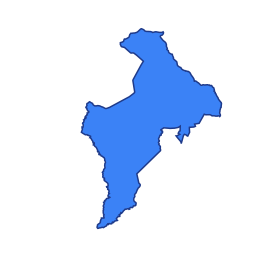 Chapadão do Sul, Mato Grosso do Sul, Brazil, rotated 41°
{"feature_id": "56859067B12319003273376", "entity_name": "Chapadão do Sul", "entity_type": "district", "adm_level": 2, "iso_a3": "BRA", "parent_name": "Brazil", "parent_adm1": "Mato Grosso do Sul", "projection": "orthographic", "projection_center": [-52.689, -19.082], "detail": "fine", "context": "isolated", "style": "filled", "palette": "blue", "viewbox_px": 256, "rotation_deg": 41, "n_neighbors": 0, "source": "geoboundaries", "source_scale": "gbopen_adm2", "svg_char_len": 5861}
<svg xmlns="http://www.w3.org/2000/svg" viewBox="0 0 256 256"><g transform="rotate(41 128 128)"><path d="M170.0,223.4L171.0,223.6L171.5,223.1L171.7,222.6L172.3,221.7L172.9,221.2L173.3,220.4L173.9,219.7L174.9,219.2L175.3,217.5L175.8,216.6L175.9,215.8L175.6,215.0L176.0,214.2L175.6,213.5L176.1,213.0L176.5,213.4L176.7,212.3L177.7,211.8L178.3,211.3L178.6,210.6L178.2,210.0L178.0,209.3L179.1,208.9L179.0,207.8L179.0,207.0L179.6,206.3L179.9,205.6L180.5,205.1L180.6,204.6L179.7,204.7L179.1,204.2L178.6,203.9L178.7,203.3L178.5,202.7L178.7,202.0L178.5,201.1L179.3,200.7L179.8,200.1L179.2,199.4L178.3,199.2L178.7,198.3L178.2,196.6L179.1,196.6L179.1,194.2L178.9,193.6L179.1,192.6L179.1,191.1L179.7,190.8L180.8,189.0L181.3,188.7L182.1,188.8L182.5,188.1L181.7,187.6L182.0,187.0L182.1,186.2L182.7,185.7L183.4,185.4L183.6,184.6L183.2,183.2L184.3,182.2L184.6,181.3L184.1,180.9L184.0,180.0L183.4,179.5L182.9,179.1L181.2,179.3L180.0,178.9L179.1,178.1L178.4,177.0L178.2,175.3L176.9,174.2L176.7,173.7L176.6,173.0L176.7,172.1L176.5,171.3L175.7,169.1L175.1,166.6L175.3,165.0L175.2,164.3L175.0,163.6L174.6,163.0L174.1,162.6L172.2,162.4L164.7,156.8L167.4,123.8L167.0,123.2L166.4,122.7L165.8,122.6L165.6,122.0L164.5,120.7L162.0,120.2L161.9,119.5L160.5,119.0L160.2,118.3L160.3,117.5L159.9,117.0L159.1,116.9L158.0,115.9L157.5,113.8L157.1,113.2L156.9,112.6L157.4,112.1L157.7,111.5L156.6,110.3L157.2,109.2L156.8,108.4L156.2,108.4L156.1,107.8L155.4,107.8L154.7,108.1L154.0,107.8L154.9,104.4L159.1,101.3L159.9,100.8L163.3,97.5L165.4,94.8L165.7,94.2L166.2,92.3L169.2,96.0L168.8,96.8L169.3,99.0L170.6,98.9L171.2,98.8L170.0,101.9L169.5,102.4L170.8,102.7L176.4,103.6L177.2,103.9L178.4,104.8L174.8,97.3L174.7,95.8L176.3,95.1L177.6,95.2L178.4,94.9L177.3,90.8L175.0,88.5L173.9,87.2L177.0,84.1L177.8,82.5L175.7,81.4L178.6,77.8L176.5,67.6L178.0,67.0L181.0,64.3L181.7,63.9L183.1,63.8L183.8,63.4L184.5,62.7L185.2,62.1L186.1,61.7L187.6,60.5L187.9,59.8L188.9,59.1L189.7,59.2L189.7,58.2L189.0,57.4L187.5,56.7L187.1,56.3L186.2,54.7L185.6,54.1L185.2,52.9L184.6,51.9L184.7,51.2L184.2,50.7L182.5,48.2L181.5,47.6L180.9,47.6L177.4,46.9L175.8,46.0L175.1,45.9L173.5,45.4L171.8,44.5L171.1,44.6L170.5,43.9L168.7,43.7L168.6,42.9L167.2,42.0L166.6,41.5L165.6,41.5L164.9,41.7L164.0,41.2L162.8,41.3L162.2,42.2L161.3,42.1L160.9,42.6L160.2,42.9L159.6,43.2L157.6,45.3L156.2,46.1L155.9,47.0L155.5,47.5L154.9,47.9L151.5,47.7L150.6,48.0L149.3,47.9L148.1,48.2L147.6,49.0L147.1,49.1L146.7,48.5L145.2,47.6L143.4,47.1L140.8,46.5L138.8,45.7L137.9,45.6L136.5,45.7L136.0,46.2L134.9,46.5L134.3,47.2L133.5,47.2L133.0,47.6L131.5,48.1L129.7,48.3L128.2,47.7L127.0,48.2L125.1,48.4L124.1,48.2L121.5,46.1L120.8,46.0L117.3,46.0L116.7,45.8L116.2,45.1L113.9,44.0L113.1,43.3L112.5,43.7L111.1,44.1L109.6,44.3L108.7,44.0L107.8,43.2L106.6,43.2L105.9,43.3L105.4,42.1L104.2,41.6L103.1,41.0L102.6,40.1L101.0,39.1L100.0,38.8L97.0,38.9L93.1,38.2L92.3,37.8L92.1,37.3L92.1,36.7L92.9,35.3L92.8,33.7L92.2,32.7L91.4,32.4L91.0,33.4L90.6,33.9L88.9,35.3L86.2,36.9L85.4,37.6L84.0,39.7L83.2,39.8L81.7,40.5L78.3,43.2L77.6,43.5L76.9,43.7L76.0,43.5L75.1,43.6L73.1,44.2L72.6,45.0L72.2,49.0L71.9,50.0L70.8,51.8L69.3,53.3L69.0,53.8L68.0,54.6L68.1,56.4L68.5,57.4L69.0,58.1L69.1,58.8L68.5,61.1L68.0,61.7L67.9,62.3L67.6,62.9L66.9,63.2L67.0,63.8L67.8,65.5L67.6,66.1L67.4,66.6L67.2,67.3L66.7,67.7L66.4,68.4L66.3,68.9L67.0,69.3L67.4,70.0L68.2,70.3L69.4,70.9L70.0,70.8L72.5,69.5L80.7,69.6L81.4,69.2L82.0,68.5L82.7,67.9L83.7,67.6L84.3,67.5L85.0,67.6L86.4,67.4L95.8,67.5L96.5,71.7L100.1,88.0L100.4,88.8L100.9,89.3L109.4,96.4L109.7,97.1L109.5,98.5L108.5,103.5L100.4,124.9L100.0,125.4L99.7,126.1L99.0,127.3L98.4,127.9L97.9,128.2L95.9,128.6L94.9,128.9L94.1,129.3L92.3,129.8L91.6,130.2L90.5,130.9L89.5,132.2L88.4,133.1L87.4,133.3L86.4,133.3L85.1,132.7L83.1,133.2L81.9,133.3L81.6,134.0L81.4,135.6L81.1,136.1L81.1,136.8L81.7,137.5L82.3,137.9L82.6,140.0L83.2,140.3L84.0,140.1L84.7,140.8L85.3,141.0L85.9,141.3L86.7,141.5L87.4,141.2L88.0,141.7L87.9,142.7L87.3,143.4L87.9,143.9L88.0,144.6L88.6,144.8L88.4,145.3L88.2,147.3L89.0,147.4L89.6,147.8L89.8,148.6L88.9,148.8L89.3,149.7L89.4,150.3L89.2,151.0L90.0,151.1L90.3,152.0L90.8,152.8L90.5,153.7L90.9,154.5L91.6,154.6L92.1,154.9L93.1,156.2L93.5,157.1L92.7,157.4L93.3,158.2L94.1,158.6L94.6,159.2L95.6,161.8L97.5,161.6L100.2,161.1L100.9,160.6L101.3,160.0L101.9,159.8L102.5,159.9L103.1,159.4L103.8,159.4L104.2,159.0L105.2,158.8L105.5,160.2L105.9,159.8L106.6,160.2L107.5,160.3L108.2,160.7L109.8,161.0L110.7,161.7L111.5,162.1L111.4,161.5L112.3,161.4L113.0,162.1L112.7,162.7L112.9,163.5L113.4,163.3L114.0,163.2L114.6,163.5L115.2,163.6L115.9,163.5L116.8,163.5L119.7,164.7L120.1,165.5L120.9,165.8L121.3,165.1L123.3,166.0L123.0,166.8L123.5,167.1L124.2,166.8L124.6,166.3L125.4,166.4L126.1,166.7L127.2,166.2L128.7,166.3L129.4,166.0L130.1,166.4L130.7,166.6L131.6,167.7L132.4,167.9L133.4,168.6L133.8,169.1L133.9,170.0L134.5,170.8L134.9,171.5L136.8,173.2L136.9,175.2L137.3,176.1L137.9,176.6L137.7,177.3L137.7,178.3L138.9,178.6L139.3,179.4L139.7,179.9L140.3,180.2L141.0,181.4L141.6,181.7L142.4,181.7L143.1,181.3L144.0,182.2L143.9,182.8L144.7,183.2L146.0,183.1L147.1,183.0L148.9,183.0L149.5,183.3L151.0,184.7L150.9,185.3L150.3,186.3L151.0,186.7L151.9,186.3L152.6,187.1L153.0,187.7L153.8,187.4L154.7,187.8L155.5,188.5L155.6,189.3L156.2,189.8L156.9,189.8L156.7,190.4L157.0,191.1L157.2,192.0L157.5,192.5L158.3,192.6L159.0,192.3L159.8,192.2L159.7,192.8L159.0,193.1L159.2,194.1L158.7,194.3L158.1,195.4L158.4,196.8L158.1,197.5L158.1,198.4L158.8,198.8L158.3,200.1L159.8,200.8L160.1,201.8L160.2,202.4L160.5,203.2L161.1,203.3L161.9,203.9L162.0,204.6L162.6,205.3L163.3,205.8L163.3,206.4L164.8,208.1L166.1,209.1L166.9,209.2L167.2,210.3L168.9,211.5L168.5,212.1L167.0,213.4L167.5,213.9L167.6,214.8L168.3,216.6L168.8,216.9L169.1,217.8L169.0,218.8L168.6,220.2L168.6,221.3L169.3,222.1L169.5,222.9L170.0,223.4Z" fill="#3b82f6" stroke="#1e3a8a" stroke-width="1.5"/></g></svg>